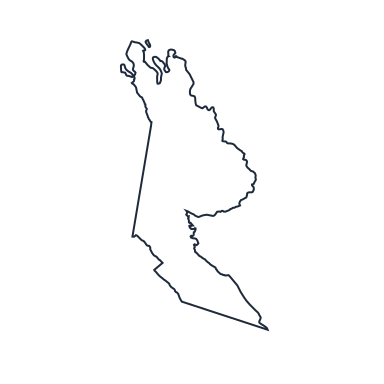 the district of Viseu, Pará, Brazil, rotated 320°
{"feature_id": "56859067B62077579865137", "entity_name": "Viseu", "entity_type": "district", "adm_level": 2, "iso_a3": "BRA", "parent_name": "Brazil", "parent_adm1": "Pará", "projection": "robinson", "projection_center": [-46.341, -1.561], "detail": "fine", "context": "isolated", "style": "outline", "palette": "slate", "viewbox_px": 384, "rotation_deg": 320, "n_neighbors": 0, "source": "geoboundaries", "source_scale": "gbopen_adm2", "svg_char_len": 5972}
<svg xmlns="http://www.w3.org/2000/svg" viewBox="0 0 384 384"><g transform="rotate(320 192 192)"><path d="M203.0,115.1L117.7,187.9L118.7,188.9L119.3,189.1L121.3,189.0L121.9,190.3L122.4,196.1L122.6,196.8L123.2,198.0L123.5,198.9L123.4,201.3L123.2,202.6L123.2,204.0L123.7,204.9L124.5,205.6L124.6,206.4L124.5,207.1L124.2,207.9L123.2,209.0L123.0,209.7L122.3,212.9L122.1,215.5L122.3,216.8L123.2,218.7L123.2,222.7L123.6,223.4L123.9,227.4L113.0,227.4L112.8,228.3L113.0,230.2L113.0,233.7L113.2,235.9L114.0,239.7L114.1,240.7L114.8,243.1L115.0,244.4L115.3,245.6L115.6,247.7L115.0,249.1L115.0,251.8L115.9,254.6L115.9,255.7L115.3,257.2L115.3,258.2L115.8,259.0L115.9,259.7L115.9,261.3L114.4,265.4L113.7,269.4L161.4,346.1L161.9,344.6L161.7,342.9L161.2,340.9L159.8,336.6L159.6,335.6L159.8,335.0L160.5,334.3L163.2,333.0L164.1,332.0L164.4,329.8L164.9,328.0L165.0,326.6L164.6,323.7L163.9,315.7L163.8,310.4L164.1,306.6L165.0,299.9L166.5,293.6L166.7,292.1L166.7,280.9L166.6,279.3L163.7,277.3L163.6,276.6L162.5,275.7L162.4,274.9L161.8,274.0L161.2,273.3L160.6,269.0L161.0,268.0L160.8,266.9L161.4,264.8L160.5,262.5L159.6,259.7L159.4,258.6L159.5,257.8L159.0,256.1L158.6,253.4L158.7,252.7L158.6,251.7L158.2,251.0L157.6,249.3L157.5,248.4L156.9,246.4L156.5,245.8L156.6,245.0L156.4,244.2L156.5,242.4L156.2,241.6L156.3,240.8L155.9,239.9L157.1,238.0L157.3,236.7L157.8,236.3L158.9,235.9L159.5,233.8L160.3,233.7L161.4,235.6L162.4,235.7L163.9,235.4L165.0,232.2L165.0,230.4L164.1,229.1L163.0,228.1L162.0,226.4L162.4,225.1L163.3,225.0L163.9,226.0L165.2,226.2L166.2,225.5L167.4,224.0L168.4,224.2L169.5,223.7L170.7,223.0L171.3,222.1L170.8,221.5L169.9,221.6L169.2,221.3L167.7,219.9L167.5,218.3L167.7,217.0L168.3,216.2L169.2,216.6L169.3,217.4L170.0,217.3L171.1,218.2L171.1,214.6L170.4,214.3L170.1,213.3L171.3,211.9L171.7,210.9L172.0,209.8L172.7,209.7L173.9,208.5L173.1,208.1L173.2,206.6L173.0,205.7L174.9,204.8L175.6,203.7L175.6,202.9L176.4,204.3L177.7,207.9L179.0,210.5L179.2,212.1L180.6,215.0L181.2,215.5L184.3,216.5L185.5,217.0L188.7,218.9L192.6,223.7L193.2,224.1L194.0,224.3L195.3,224.2L198.5,223.3L200.3,224.4L201.2,225.6L202.7,225.6L203.5,226.4L203.7,227.4L204.9,228.5L209.1,229.9L210.3,229.7L211.7,230.3L212.6,230.3L213.2,230.4L214.2,231.2L215.0,231.4L215.9,231.5L218.0,232.6L220.1,233.2L220.7,231.4L221.5,230.7L222.6,230.1L224.5,229.7L226.1,230.3L229.0,230.8L230.0,231.1L230.8,230.7L231.3,230.2L232.2,229.8L232.9,228.9L233.7,228.4L234.5,228.5L235.5,228.9L237.1,230.3L238.2,230.9L239.0,230.8L240.1,230.3L241.0,229.8L242.1,228.3L242.3,227.7L242.2,225.7L242.8,224.8L243.6,225.2L244.7,225.4L246.2,224.6L248.5,223.8L249.1,223.3L249.7,221.9L251.5,220.2L252.3,218.1L251.9,215.4L250.9,214.1L250.6,213.1L250.6,211.4L250.2,208.7L250.5,206.9L251.1,206.1L252.4,205.2L253.5,204.3L254.0,203.2L253.9,202.3L253.4,201.5L252.6,200.7L252.3,199.7L253.0,199.1L253.7,199.0L254.5,198.5L254.9,197.6L255.5,197.2L256.2,197.1L256.7,196.7L256.7,196.0L256.2,194.7L256.1,194.0L256.3,193.1L256.3,192.4L255.8,191.3L254.8,187.3L254.8,183.6L254.5,182.1L254.0,181.2L252.6,179.4L251.0,178.1L250.4,177.1L250.5,176.0L250.3,175.0L249.1,173.9L248.1,172.6L248.6,171.8L249.7,171.1L250.7,169.6L254.6,166.6L255.4,165.2L255.8,163.7L255.3,162.8L253.7,161.9L252.7,161.1L252.5,160.4L253.0,159.6L254.1,159.1L255.0,158.0L256.4,154.1L256.9,151.4L257.3,150.0L259.6,148.6L260.2,147.8L260.5,144.3L262.2,142.1L262.7,141.0L262.1,140.2L261.4,139.9L258.4,140.5L257.6,140.3L257.2,139.6L257.1,138.5L257.7,136.6L257.6,135.3L256.7,134.7L253.9,134.6L253.3,133.9L251.0,128.3L251.6,126.7L253.4,123.9L254.8,122.2L255.4,120.6L255.0,119.5L253.9,118.2L253.2,117.1L253.5,115.6L255.1,113.5L256.8,112.1L262.6,110.2L263.8,108.8L265.9,100.2L266.0,94.7L267.1,93.0L267.4,91.9L268.3,90.5L270.8,88.2L271.2,87.1L271.0,86.0L270.3,83.7L269.8,83.3L268.0,80.2L267.1,78.9L267.3,78.3L267.1,77.6L266.3,77.7L265.6,78.0L264.9,77.7L264.7,77.1L264.8,76.4L265.5,75.5L266.3,75.1L268.6,74.8L269.0,74.2L269.5,72.6L269.3,71.7L268.2,70.1L267.4,69.3L265.9,68.6L265.3,68.6L264.4,68.9L263.6,69.6L262.5,71.2L261.9,71.7L261.4,72.4L261.5,73.1L260.8,72.8L260.1,72.8L258.6,73.5L255.3,77.1L253.7,80.4L253.3,82.3L253.3,83.4L252.9,84.2L252.3,84.5L251.4,84.6L250.5,84.4L249.6,84.0L249.1,83.2L249.3,81.0L249.5,80.3L250.1,79.6L250.7,79.1L252.2,78.5L252.6,77.9L253.2,76.0L253.1,75.1L253.3,73.6L253.1,72.8L252.7,71.9L252.0,71.3L252.1,70.3L252.0,69.2L252.1,68.5L251.4,65.5L250.1,64.3L248.7,63.9L248.1,64.2L247.5,64.9L246.6,67.1L246.1,69.5L246.0,71.7L246.5,76.2L246.3,78.1L245.6,80.6L245.2,81.5L244.6,82.2L241.9,84.3L240.0,86.5L239.5,86.8L237.4,87.9L236.1,87.6L235.3,86.9L235.8,85.7L236.9,84.3L239.6,81.0L241.6,79.5L242.2,78.3L242.3,76.2L241.8,72.6L241.4,71.7L240.2,70.2L239.6,66.2L239.7,62.4L239.6,61.7L239.0,61.6L238.9,60.8L240.4,59.6L242.8,56.9L244.8,54.1L245.3,52.4L245.9,52.5L246.6,53.1L247.3,53.2L247.8,52.7L248.1,51.9L248.1,50.7L247.8,46.8L247.4,44.5L247.1,43.7L245.7,41.9L244.5,40.6L243.2,38.4L242.6,37.9L241.9,38.0L239.3,39.5L234.4,41.7L231.8,43.1L230.4,44.2L230.0,45.0L229.1,48.6L229.0,49.4L229.0,51.1L229.8,53.2L229.9,55.1L229.8,55.9L229.2,57.0L228.6,57.9L225.7,59.9L225.2,61.0L225.3,62.2L225.5,62.8L225.5,64.2L223.9,65.4L222.9,65.4L222.3,65.8L221.6,66.8L221.4,67.7L220.7,68.4L220.0,68.4L219.5,69.2L218.6,69.8L216.0,69.8L216.0,70.6L216.5,72.0L216.5,74.5L216.4,75.6L216.1,76.4L213.8,80.6L213.8,82.4L213.7,83.8L213.7,85.5L214.5,87.6L214.0,88.9L213.8,90.2L212.8,93.6L212.4,94.1L212.6,94.9L212.2,95.6L211.4,96.1L210.9,97.7L210.9,99.1L210.3,99.7L208.8,100.5L208.0,102.0L206.9,105.4L206.3,106.4L206.3,107.1L205.8,108.6L205.8,110.0L205.4,111.7L205.9,112.4L203.0,115.1ZM221.4,64.8L222.0,63.6L221.8,61.6L220.8,58.7L220.5,57.2L220.3,55.8L220.6,54.1L221.8,51.4L221.7,50.5L221.3,50.0L219.9,49.2L218.9,49.5L218.2,50.2L216.1,53.0L215.4,54.0L215.1,54.9L215.8,55.5L217.5,57.7L216.8,60.3L216.9,61.1L218.2,62.5L219.9,65.3L220.7,65.6L221.4,64.8ZM253.4,53.6L254.0,53.1L254.5,52.2L255.1,49.2L255.8,47.3L254.2,46.7L253.0,47.1L252.6,48.1L252.2,53.3L252.8,53.7L253.4,53.6Z" fill="none" stroke="#1e293b" stroke-width="2"/></g></svg>